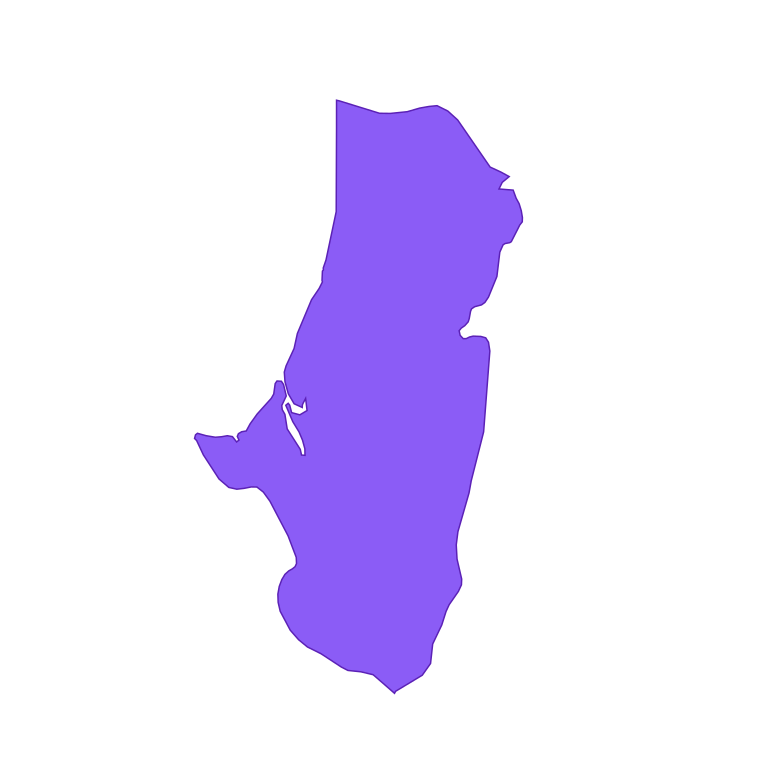 map outline of Quảng Bình (Robinson projection), rotated 231°
{"feature_id": "VNM-476", "entity_name": "Quảng Bình", "entity_type": "Province", "adm_level": 1, "iso_a3": "VNM", "parent_name": "Vietnam", "parent_adm1": "", "projection": "robinson", "projection_center": [106.309, 17.511], "detail": "fine", "context": "isolated", "style": "filled", "palette": "violet", "viewbox_px": 768, "rotation_deg": 231, "n_neighbors": 0, "source": "natural_earth", "source_scale": "10m", "svg_char_len": 2103}
<svg xmlns="http://www.w3.org/2000/svg" viewBox="0 0 768 768"><g transform="rotate(231 384 384)"><path d="M253.2,390.1L245.8,381.5L222.7,348.5L213.5,338.9L202.0,330.6L183.5,321.6L179.2,317.8L176.0,311.3L171.5,295.8L168.2,289.1L160.4,277.3L151.3,258.2L137.5,244.3L133.6,230.5L137.9,199.6L137.0,197.5L147.5,195.7L164.9,192.6L174.9,184.9L184.1,175.7L190.9,172.7L214.0,165.3L227.8,159.0L239.0,156.7L251.6,156.2L272.7,160.3L280.9,164.3L287.5,169.3L292.6,175.2L296.3,181.5L298.4,187.2L298.7,192.4L298.0,196.5L298.0,199.9L299.5,203.0L304.5,206.7L326.4,213.9L364.7,221.6L375.9,222.2L383.9,220.4L387.5,216.1L391.0,209.5L394.9,203.4L401.3,198.3L414.0,196.0L442.6,199.0L458.0,202.8L460.9,202.5L463.1,205.5L463.1,208.0L455.8,213.2L448.8,219.4L445.3,224.5L442.4,229.7L438.5,233.1L431.7,233.0L431.7,236.0L435.6,237.0L437.0,239.6L436.5,243.3L434.2,247.4L437.3,254.9L440.5,266.6L443.8,287.4L445.6,292.0L452.8,299.7L453.7,302.7L450.7,306.0L446.8,305.6L436.2,300.5L431.6,291.0L428.1,288.8L422.8,287.9L410.0,280.5L385.9,277.8L380.7,275.2L378.3,277.7L383.4,281.7L391.6,285.3L400.2,287.8L412.1,289.4L429.3,294.3L429.3,297.4L426.9,297.4L419.9,294.2L413.0,299.2L411.8,307.5L422.1,314.0L420.0,309.1L419.1,307.4L417.2,305.7L425.2,301.7L436.7,303.5L448.1,308.5L456.0,314.0L459.7,319.3L468.2,336.5L477.8,348.5L495.1,380.7L499.1,393.8L502.1,400.4L503.5,401.0L510.5,407.2L510.8,408.7L512.4,409.8L516.9,417.0L548.0,455.3L612.8,508.2L634.4,525.7L632.1,527.5L597.2,550.9L590.3,559.2L581.0,573.4L576.0,585.3L571.4,593.6L566.9,600.4L555.9,605.4L542.8,607.4L485.8,603.0L475.0,608.3L466.4,611.8L466.3,602.8L463.2,596.1L453.4,606.4L445.2,603.6L439.1,602.5L432.2,599.7L426.2,596.3L423.0,593.5L423.0,593.4L422.1,589.5L420.4,585.8L414.5,572.5L414.7,570.7L417.0,566.4L417.2,564.1L413.6,557.0L396.5,539.4L385.8,519.9L383.9,513.8L384.1,509.6L387.0,503.1L387.3,499.3L386.0,497.0L381.1,491.3L379.3,488.5L378.5,483.5L378.8,479.2L378.1,475.9L373.9,473.8L369.4,474.1L367.5,476.5L366.7,480.1L365.1,483.4L360.0,489.2L355.9,492.1L350.7,491.5L343.0,487.0L284.1,431.3L253.3,390.1L253.2,390.1Z" fill="#8b5cf6" stroke="#5b21b6" stroke-width="1.5"/></g></svg>